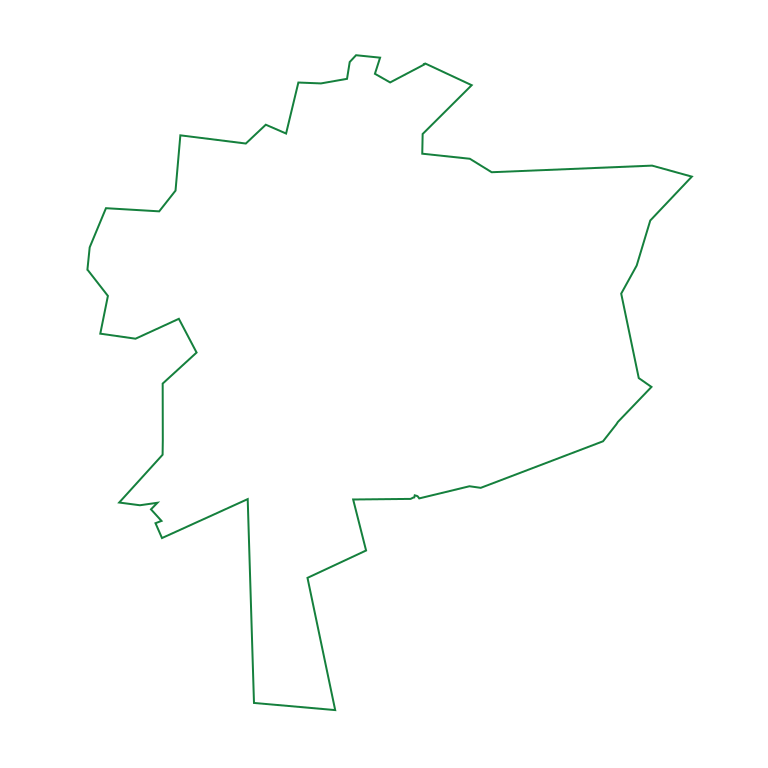 Richmond, Virginia, United States of America, rotated 272°
{"feature_id": "52423323B61032845323419", "entity_name": "Richmond", "entity_type": "district", "adm_level": 2, "iso_a3": "USA", "parent_name": "United States of America", "parent_adm1": "Virginia", "projection": "natural_earth1", "projection_center": [-77.473, 37.525], "detail": "fine", "context": "isolated", "style": "outline", "palette": "green", "viewbox_px": 768, "rotation_deg": 272, "n_neighbors": 0, "source": "geoboundaries", "source_scale": "gbopen_adm2", "svg_char_len": 963}
<svg xmlns="http://www.w3.org/2000/svg" viewBox="0 0 768 768"><g transform="rotate(272 384 384)"><path d="M60.7,265.2L56.4,346.6L187.6,314.3L217.0,371.9L267.5,357.2L270.1,414.6L271.5,417.2L271.7,418.2L273.8,418.6L273.3,420.8L272.7,421.8L270.9,423.2L284.8,473.0L283.6,484.3L334.4,604.9L351.8,617.6L354.3,619.1L390.4,651.4L398.8,638.4L482.6,617.9L511.2,632.4L556.7,644.4L602.0,684.4L611.6,644.3L599.4,484.2L612.1,461.9L615.5,414.2L635.2,413.9L685.7,461.2L705.7,414.1L705.2,412.8L704.7,413.0L685.6,379.6L693.7,364.1L710.0,368.7L711.6,344.6L704.6,338.5L687.7,336.4L682.2,310.5L682.3,287.9L630.9,277.4L639.0,256.8L619.5,237.5L625.4,171.8L570.0,168.9L548.7,153.3L550.0,100.0L510.3,85.1L487.8,83.6L487.5,84.0L462.4,105.0L424.4,98.7L420.6,134.1L442.0,176.7L408.9,195.6L376.7,162.8L320.1,164.9L305.6,165.2L256.3,123.5L254.3,144.3L257.4,161.7L250.6,155.5L239.4,166.4L236.9,160.5L222.3,167.5L264.2,251.8L60.7,265.2Z" fill="none" stroke="#15803d" stroke-width="2"/></g></svg>